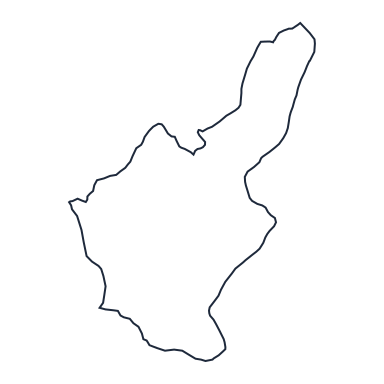 Plahn Nyarn, Sinoe, Liberia
{"feature_id": "62588387B77612051850083", "entity_name": "Plahn Nyarn", "entity_type": "district", "adm_level": 2, "iso_a3": "LBR", "parent_name": "Liberia", "parent_adm1": "Sinoe", "projection": "natural_earth1", "projection_center": [-9.003, 5.323], "detail": "fine", "context": "isolated", "style": "outline", "palette": "slate", "viewbox_px": 384, "rotation_deg": 0, "n_neighbors": 0, "source": "geoboundaries", "source_scale": "gbopen_adm2", "svg_char_len": 2537}
<svg xmlns="http://www.w3.org/2000/svg" viewBox="0 0 384 384"><path d="M212.5,359.6L213.7,358.4L218.7,355.3L223.0,351.4L225.3,349.2L225.4,347.1L224.6,342.3L223.7,339.1L219.3,330.3L216.1,324.2L213.5,319.6L210.1,315.7L209.3,313.3L209.2,312.4L209.0,310.6L209.7,307.3L214.4,301.2L218.5,295.7L221.0,289.7L225.3,281.8L231.7,273.7L235.4,268.6L243.1,262.4L245.5,260.2L252.8,254.4L256.2,251.8L259.6,248.7L263.3,242.8L264.4,239.9L265.3,237.5L267.4,233.8L269.6,230.9L274.1,226.2L276.0,222.3L274.9,218.0L270.8,215.2L268.0,212.1L265.6,207.6L263.8,206.4L262.2,205.4L257.3,203.9L252.1,200.9L249.7,197.9L247.4,190.3L245.9,185.5L245.1,181.9L244.8,176.9L247.6,171.6L254.0,167.0L259.4,162.2L261.1,158.2L262.5,156.8L269.4,152.0L273.4,148.8L275.5,147.1L279.1,144.0L283.3,138.1L286.1,133.1L287.8,128.1L288.6,123.2L288.9,121.3L289.6,116.4L290.6,112.7L291.2,111.0L292.8,106.8L293.3,104.8L294.8,99.4L296.5,95.4L297.6,89.8L298.3,87.2L301.0,79.6L304.6,72.2L306.5,67.4L306.9,66.3L309.3,61.1L309.8,60.9L314.3,51.9L314.9,43.6L314.5,39.3L313.9,38.5L309.7,33.0L300.2,23.0L298.1,24.7L292.2,28.6L288.7,28.7L287.5,29.2L283.8,30.5L279.0,32.9L276.3,37.0L274.9,39.8L273.6,41.1L273.1,42.3L269.9,41.5L264.8,41.6L260.8,41.8L258.8,45.1L257.3,47.7L253.4,56.5L250.5,61.3L248.6,65.2L247.5,67.4L246.9,68.6L245.2,74.5L242.5,83.4L241.4,88.9L241.4,93.1L240.7,101.2L240.4,104.8L238.5,107.8L235.4,110.3L230.4,113.4L226.4,115.7L219.6,121.5L212.0,126.8L207.6,128.5L202.6,131.4L200.1,130.2L198.7,130.0L197.8,132.2L198.7,134.1L199.3,135.3L205.1,142.0L205.0,144.8L202.9,147.2L200.5,148.4L197.5,149.0L195.1,150.9L194.4,152.6L193.5,154.6L192.8,154.0L190.8,152.2L184.7,148.9L181.3,147.7L179.3,146.4L176.4,140.5L174.8,136.8L171.5,136.4L167.9,133.5L163.8,126.7L161.7,124.3L159.2,123.9L158.3,123.8L153.2,126.7L150.4,129.5L148.9,131.1L144.6,137.0L142.9,141.7L141.2,144.8L136.3,148.2L132.5,156.3L130.3,161.7L127.9,164.4L125.3,167.8L120.3,171.4L116.2,174.9L110.1,175.9L104.0,178.4L97.0,180.2L94.3,185.2L93.1,191.0L89.9,193.7L87.4,196.5L87.3,199.6L85.8,202.0L82.2,200.7L77.6,198.7L72.5,201.1L70.2,201.4L69.1,202.2L71.1,205.3L72.0,209.3L77.1,216.0L81.5,230.0L83.7,242.1L86.1,253.7L86.6,256.1L92.0,261.6L98.6,266.0L101.2,269.0L103.4,276.0L105.6,286.3L104.3,295.1L103.1,302.8L99.6,307.8L105.5,309.4L113.6,310.3L117.9,310.9L120.5,315.5L123.8,317.3L129.8,318.8L133.4,323.2L138.5,326.8L141.9,333.5L143.4,339.2L146.6,340.5L147.6,342.0L149.5,345.2L156.9,348.0L165.0,350.7L174.1,349.6L182.3,350.7L188.5,354.5L195.5,358.7L201.0,359.6L205.5,361.0L212.5,359.6Z" fill="none" stroke="#1e293b" stroke-width="2"/></svg>